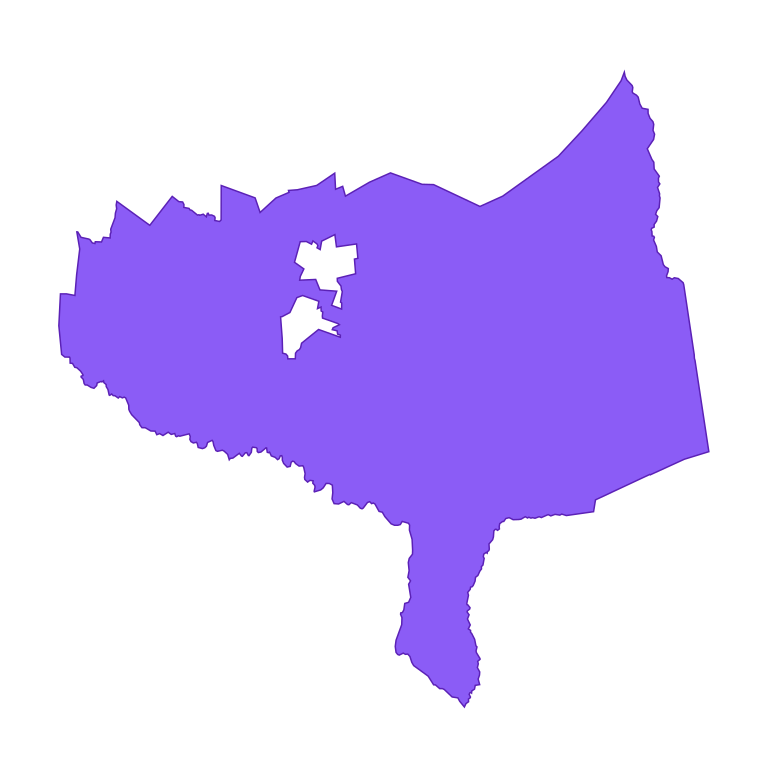 Kwekwe, Midlands, Zimbabwe, rotated 182°
{"feature_id": "62879985B25079588336993", "entity_name": "Kwekwe", "entity_type": "district", "adm_level": 2, "iso_a3": "ZWE", "parent_name": "Zimbabwe", "parent_adm1": "Midlands", "projection": "equal_earth", "projection_center": [29.733, -18.821], "detail": "fine", "context": "isolated", "style": "filled", "palette": "violet", "viewbox_px": 768, "rotation_deg": 182, "n_neighbors": 0, "source": "geoboundaries", "source_scale": "gbopen_adm2", "svg_char_len": 6125}
<svg xmlns="http://www.w3.org/2000/svg" viewBox="0 0 768 768"><g transform="rotate(182 384 384)"><path d="M154.7,704.0L157.6,695.4L171.5,673.2L195.0,643.9L217.7,617.7L271.9,575.9L294.3,564.8L341.4,585.0L352.9,584.9L384.9,595.2L405.5,585.2L429.1,570.4L432.2,580.1L439.2,576.9L440.6,593.0L458.2,580.1L477.3,575.1L486.2,574.1L485.6,572.2L498.5,566.1L513.8,551.1L519.3,565.5L553.6,576.7L552.5,542.3L554.0,540.7L558.8,541.5L558.6,544.3L559.3,545.7L562.1,546.9L564.8,546.7L565.6,548.5L566.5,548.3L567.4,544.9L570.6,547.4L574.1,546.2L574.8,546.7L576.3,546.3L582.3,550.9L583.9,551.2L585.0,552.7L590.2,553.5L590.2,556.4L591.6,558.9L595.4,559.1L602.2,564.1L623.6,534.4L657.4,557.2L657.9,553.5L657.3,549.8L658.4,545.4L658.6,540.8L662.5,529.2L662.1,526.2L662.8,524.2L662.8,520.4L669.5,520.8L671.3,516.1L677.5,516.1L677.8,514.3L680.4,514.8L683.0,518.1L684.3,518.6L691.9,520.0L695.4,525.3L696.3,525.3L692.8,508.3L695.0,482.4L696.0,461.7L704.5,463.0L710.5,462.8L711.0,430.9L707.2,402.3L703.9,399.8L699.2,399.9L698.7,398.9L698.4,393.9L696.0,393.7L693.6,389.9L691.6,389.6L687.7,386.3L685.2,382.8L685.2,382.0L687.0,381.2L687.0,380.4L684.7,378.1L683.7,374.0L682.6,372.6L680.5,372.6L676.7,370.4L673.7,369.6L671.1,372.4L670.7,375.0L666.8,376.7L666.0,376.2L664.4,377.4L664.0,375.6L661.7,373.8L661.5,371.7L659.7,368.9L658.3,363.4L657.7,363.1L655.8,364.5L654.2,362.9L652.5,362.9L649.1,360.7L647.7,362.2L645.0,361.0L643.2,361.8L641.7,361.1L638.4,353.9L638.1,349.7L637.3,347.9L635.1,344.5L627.2,336.9L626.7,334.8L624.4,331.9L621.1,332.0L615.4,328.9L611.1,328.9L609.3,325.4L606.5,326.6L603.1,324.8L598.0,328.3L594.9,326.2L591.4,327.2L590.4,324.6L589.4,324.1L587.5,325.1L586.2,324.7L577.0,327.4L575.8,324.8L576.1,321.9L574.9,319.7L572.5,318.4L569.4,319.2L568.5,317.9L567.5,314.1L563.2,313.1L560.9,314.0L559.3,315.6L558.3,319.4L553.8,321.7L552.9,320.6L552.0,316.7L549.7,311.6L548.1,310.9L543.2,312.2L541.4,311.3L537.8,308.2L536.0,302.9L535.0,304.3L532.4,304.7L526.2,309.7L523.9,307.0L523.0,306.8L520.2,310.4L518.7,310.6L517.1,307.8L516.4,307.7L514.2,311.1L513.9,315.1L513.1,316.3L509.3,315.9L508.6,315.1L508.3,312.1L507.2,311.1L504.6,311.7L499.7,316.1L499.1,316.0L498.3,311.7L497.1,311.3L496.0,311.9L494.1,308.2L490.2,306.9L487.7,304.7L486.2,305.7L485.1,308.6L483.7,308.8L483.0,306.9L483.0,304.4L481.5,301.1L477.9,297.6L474.9,298.4L474.0,302.6L472.6,303.7L471.1,303.3L469.6,301.4L466.0,299.0L462.3,299.5L461.3,297.9L459.7,291.6L460.2,287.9L459.8,285.8L456.9,283.3L454.7,285.1L451.5,284.8L451.7,282.4L449.8,280.4L449.3,278.7L450.1,274.4L449.8,273.8L443.6,275.9L441.1,278.1L438.4,282.6L435.2,282.7L432.1,281.1L431.4,273.5L431.9,267.3L429.7,262.7L425.2,262.5L419.9,265.3L416.3,262.3L414.9,262.1L412.5,264.3L406.4,262.2L403.4,259.1L401.6,258.5L400.4,259.3L396.4,265.0L394.2,265.9L392.2,264.0L390.5,264.7L388.8,263.7L384.5,256.5L381.2,255.8L378.5,251.5L372.0,244.5L368.6,243.2L365.3,243.3L362.8,244.1L361.0,247.3L354.7,245.7L353.5,243.9L353.5,238.9L350.5,229.7L349.6,218.9L349.6,214.9L352.7,210.6L353.5,206.4L352.4,198.3L353.4,191.6L350.6,188.2L352.4,184.8L349.8,171.7L351.8,166.7L355.6,165.4L356.3,159.0L357.6,156.3L359.3,155.8L359.4,154.4L357.9,151.1L357.9,144.1L363.0,128.4L363.6,122.1L362.6,116.2L360.9,114.2L359.3,113.6L355.4,115.7L353.2,114.6L350.8,114.9L348.6,112.6L346.5,106.8L344.5,103.6L329.7,93.6L323.9,85.1L322.1,85.1L317.7,81.5L315.0,81.6L313.1,80.8L305.0,73.6L299.2,72.9L297.3,69.6L292.4,64.0L290.9,67.5L288.4,69.4L288.6,72.1L286.8,73.5L286.7,74.3L288.1,76.8L287.4,78.4L286.4,78.8L285.7,78.2L285.5,80.4L282.9,82.2L282.3,86.0L277.9,86.9L279.6,92.4L278.4,96.4L278.3,99.6L280.8,103.8L280.0,107.6L280.7,110.1L278.4,112.2L278.5,113.0L282.3,118.8L282.7,120.5L281.9,124.5L283.0,125.6L284.5,132.0L287.7,137.8L288.8,138.8L288.9,140.8L291.2,142.2L289.4,146.2L292.4,152.1L290.9,156.3L293.0,159.1L292.8,160.1L290.5,162.1L290.2,163.4L292.6,166.3L293.3,166.4L293.6,167.6L292.2,175.9L293.1,178.6L290.7,181.8L290.4,184.0L288.8,184.5L287.8,185.8L286.1,190.2L285.8,194.0L283.5,195.9L281.7,200.3L280.1,202.6L280.3,204.9L278.8,206.5L277.8,213.3L278.7,214.7L278.4,217.4L276.1,219.2L275.0,218.5L274.8,220.0L273.4,221.2L273.0,222.6L273.5,227.8L270.0,232.2L269.3,235.0L269.1,241.0L267.9,242.5L267.0,242.8L265.4,241.7L263.6,243.2L263.9,245.4L263.5,248.5L260.7,250.7L259.5,250.8L257.6,253.8L254.3,254.8L250.2,252.9L244.5,253.3L242.3,253.7L238.2,256.3L235.9,255.1L234.6,255.9L232.5,255.1L230.9,255.6L228.4,255.1L224.3,256.8L222.1,256.0L215.4,259.2L212.7,258.0L208.5,259.7L203.7,259.1L201.8,260.2L197.2,258.9L170.1,263.7L168.6,275.6L115.2,302.9L114.8,302.5L81.2,319.3L57.0,327.7L74.0,418.4L74.7,420.5L75.0,424.1L87.9,493.7L88.6,495.7L93.6,499.7L97.6,500.3L99.7,498.8L102.5,500.2L105.1,500.2L105.4,502.0L104.0,506.2L103.9,509.3L107.3,511.0L109.0,513.1L111.5,521.8L115.5,525.5L116.6,531.0L119.6,537.3L118.9,540.0L119.6,541.1L121.2,541.3L121.6,545.8L122.3,547.3L122.0,548.9L119.5,550.2L119.6,552.9L117.3,556.3L116.2,560.9L118.5,563.1L117.4,566.7L115.2,569.8L114.6,579.6L115.3,581.6L115.2,583.8L117.5,590.0L115.3,593.6L116.7,595.5L116.9,599.3L116.1,601.3L121.5,608.3L122.1,615.1L124.1,617.8L129.1,628.3L123.1,637.8L122.3,643.1L124.0,646.9L123.5,652.9L124.4,655.6L127.4,658.8L129.5,663.6L129.7,667.7L135.6,668.6L138.1,672.8L140.0,679.6L141.8,681.5L145.3,683.4L146.1,684.6L145.7,689.0L146.4,690.9L151.9,696.3L153.8,700.0L154.7,704.0ZM439.1,460.8L434.5,475.1L451.3,475.8L455.9,486.1L471.9,484.8L471.4,488.6L468.1,496.2L477.7,502.5L472.7,523.3L466.6,523.7L461.3,521.2L460.0,524.5L455.8,521.6L454.9,519.9L455.7,517.8L452.5,516.1L451.3,524.6L438.3,531.6L436.3,519.4L416.3,523.0L414.5,508.7L417.9,507.8L416.2,493.2L434.4,488.0L434.2,485.0L430.4,480.4L429.9,477.1L428.9,474.9L430.3,464.3L429.1,463.5L429.0,457.4L439.1,460.8ZM473.5,406.1L481.0,405.8L481.3,408.6L483.0,410.5L486.4,411.3L487.3,425.8L489.7,447.5L488.1,447.8L480.5,452.2L474.1,467.3L468.4,469.6L452.0,464.4L453.1,457.0L449.6,458.7L449.4,454.8L447.7,453.8L448.0,449.7L447.7,447.7L431.9,442.7L430.6,441.7L436.8,438.5L437.6,436.5L432.7,435.5L432.1,432.2L429.3,431.3L429.3,429.2L451.3,436.2L467.8,421.9L468.6,417.5L469.7,415.5L471.9,414.1L473.5,411.7L473.5,406.1Z" fill="#8b5cf6" stroke="#5b21b6" stroke-width="1.5"/></g></svg>